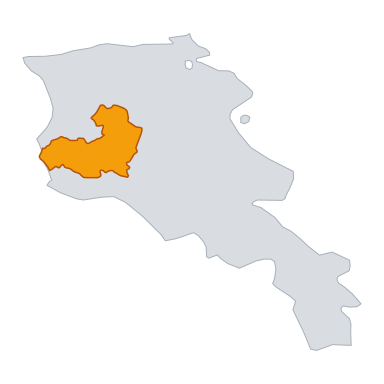 Aragatsotn on a map of Armenia (Robinson projection)
{"feature_id": "ARM-1553", "entity_name": "Aragatsotn", "entity_type": "Province", "adm_level": 1, "iso_a3": "ARM", "parent_name": "Armenia", "parent_adm1": "", "projection": "robinson", "projection_center": [44.108, 40.464], "detail": "fine", "context": "in_parent", "style": "filled", "palette": "amber", "viewbox_px": 384, "rotation_deg": 0, "n_neighbors": 0, "source": "natural_earth", "source_scale": "10m", "svg_char_len": 4373}
<svg xmlns="http://www.w3.org/2000/svg" viewBox="0 0 384 384"><path d="M165.2,240.8L161.5,235.1L142.9,216.6L125.6,202.4L113.8,196.6L101.8,197.2L83.3,200.0L76.5,198.8L60.4,192.7L47.0,185.4L48.8,182.3L51.6,180.1L48.3,170.6L40.8,155.4L41.6,150.6L39.3,144.0L36.7,139.0L47.3,127.0L52.1,117.4L53.1,108.1L50.4,98.4L43.5,80.8L39.2,75.7L31.3,70.9L24.7,63.1L23.0,57.6L28.6,56.5L45.0,56.3L60.8,54.5L73.1,50.8L91.0,47.8L98.4,45.0L107.0,43.7L133.2,46.7L143.0,44.4L172.5,44.0L173.2,42.9L169.2,39.2L169.2,37.7L186.8,35.4L189.5,33.6L191.8,39.5L198.4,46.1L205.6,48.7L209.5,52.3L209.7,55.1L197.0,58.4L196.1,60.1L197.0,61.7L200.8,62.5L218.6,70.7L228.8,70.9L234.2,73.4L236.9,78.3L245.5,85.0L252.3,91.5L252.7,93.7L251.5,97.0L232.5,109.7L230.2,114.1L229.9,118.7L238.3,132.5L250.7,147.5L268.6,158.9L293.2,171.4L293.6,179.0L289.8,188.2L286.5,194.4L285.0,198.6L282.1,200.4L257.6,200.0L253.9,201.5L252.3,203.3L252.2,204.8L261.0,207.6L274.8,217.4L282.8,227.0L291.0,231.2L300.3,238.8L307.8,245.9L319.4,255.1L332.2,252.1L349.5,260.2L350.2,265.8L349.2,270.8L338.4,276.2L337.1,278.4L337.1,280.3L338.6,283.0L344.9,287.4L352.5,294.0L361.0,303.8L357.2,306.7L349.4,307.1L343.3,305.9L341.1,307.9L341.3,311.1L349.3,318.6L350.9,324.0L350.7,333.5L351.2,345.4L332.6,344.6L316.7,350.4L310.7,349.2L306.6,339.1L303.1,330.9L292.9,309.8L295.6,301.1L289.9,296.1L276.2,287.2L272.7,283.5L274.6,278.4L275.9,269.1L274.5,261.5L270.9,259.2L264.1,259.1L255.9,261.0L239.4,268.2L227.8,263.6L221.2,258.9L217.3,255.0L208.7,258.2L206.6,256.6L206.1,246.9L203.5,241.7L198.3,235.6L193.5,232.7L175.9,238.7L165.2,240.8ZM192.0,68.0L192.5,64.5L191.7,61.4L188.8,60.4L185.3,61.2L185.1,64.7L186.2,68.0L189.7,69.5L192.0,68.0ZM248.7,121.6L244.7,123.7L240.9,122.7L240.8,117.4L243.6,115.2L246.8,115.3L249.8,117.2L248.7,121.6Z" fill="#d9dde1" stroke="#a8b0b8" stroke-width="1"/><path d="M49.6,170.5L48.0,167.2L43.3,161.4L40.4,158.9L39.3,156.8L40.0,154.7L41.0,153.2L42.6,148.3L44.4,148.5L44.9,148.3L45.3,147.9L46.1,146.9L46.9,146.2L49.1,145.1L49.8,144.4L50.4,143.4L50.7,142.7L50.9,142.0L51.3,141.2L52.0,140.6L53.4,140.0L56.4,139.2L57.4,138.8L60.6,136.9L61.4,136.7L62.2,136.8L63.9,137.7L64.4,137.9L65.7,138.0L66.4,138.1L67.0,138.4L69.2,139.9L69.8,140.2L70.4,140.4L72.1,140.5L76.6,140.4L77.2,140.2L77.5,139.8L77.7,139.1L77.9,138.7L78.2,138.3L78.8,138.2L83.3,138.4L83.5,138.6L83.7,138.8L84.4,139.6L86.1,142.3L86.5,142.8L86.9,143.2L87.4,143.4L87.9,143.5L88.5,143.4L89.2,143.1L92.1,141.4L95.0,140.3L96.6,139.1L97.1,138.9L97.6,138.7L99.4,138.5L100.0,138.3L100.4,138.0L100.9,137.5L101.9,137.0L102.3,136.8L102.8,136.1L103.2,135.8L104.0,135.3L104.1,135.2L103.8,134.9L102.7,134.3L102.3,134.1L102.0,133.7L101.8,133.1L101.8,132.1L102.2,130.4L103.3,127.1L103.4,126.3L103.3,125.8L102.7,125.5L102.1,125.4L98.7,126.0L97.1,126.0L96.7,125.9L96.4,125.7L96.2,125.2L95.9,123.7L95.6,123.1L95.3,122.5L94.6,121.4L93.9,120.4L93.0,119.6L91.3,118.4L91.3,117.9L91.6,117.3L95.2,114.0L96.9,111.8L100.5,105.3L101.9,105.1L102.4,105.0L103.1,105.2L103.8,105.5L104.6,106.2L105.7,107.5L106.2,108.0L107.0,108.4L108.2,108.5L110.0,108.1L111.2,107.6L112.0,106.9L112.8,105.8L113.1,105.4L113.5,105.3L114.0,105.2L115.5,105.3L117.2,105.6L122.8,107.8L125.5,109.3L126.2,110.1L127.0,111.0L127.5,113.0L128.3,117.5L128.3,118.7L127.8,120.5L127.9,121.0L128.6,121.9L135.5,126.6L136.4,127.0L140.5,127.6L141.2,127.9L141.9,128.3L141.9,130.3L141.1,133.7L135.9,147.6L136.1,148.7L137.0,150.5L137.1,151.4L136.8,152.3L135.8,153.1L134.2,154.1L130.2,160.7L129.3,161.6L128.4,162.1L127.6,162.2L126.9,162.5L126.5,163.2L126.6,164.0L127.4,165.3L128.1,165.9L129.3,166.8L129.6,167.2L129.5,167.8L129.1,168.5L128.5,168.9L127.1,169.7L126.8,170.2L126.8,171.2L127.0,172.6L128.4,175.7L127.6,177.2L121.3,175.9L119.0,174.9L117.0,173.5L116.5,173.2L115.9,173.0L114.2,172.1L113.5,171.3L113.0,170.8L112.2,170.5L111.0,170.5L108.8,171.0L107.6,171.6L106.7,172.2L106.1,172.5L105.4,172.5L104.6,172.1L103.7,171.0L103.3,170.6L102.7,170.4L102.1,170.3L101.5,170.2L100.8,170.3L100.2,170.8L100.1,171.6L100.2,172.5L100.8,174.4L100.9,175.7L99.7,176.8L97.4,177.7L84.6,177.6L83.8,177.4L83.0,176.9L81.4,175.6L79.7,173.8L78.7,173.2L74.6,171.9L73.1,171.0L70.4,168.9L69.9,168.7L69.1,168.4L66.4,167.9L65.4,167.5L64.8,167.2L63.5,165.2L63.0,164.7L62.4,164.7L61.7,165.0L60.6,166.2L60.0,167.1L59.3,167.7L58.6,167.8L57.4,167.3L56.6,166.7L55.7,166.5L54.9,166.9L52.4,169.0L49.7,170.5L49.6,170.5Z" fill="#f59e0b" stroke="#b45309" stroke-width="1.5"/></svg>